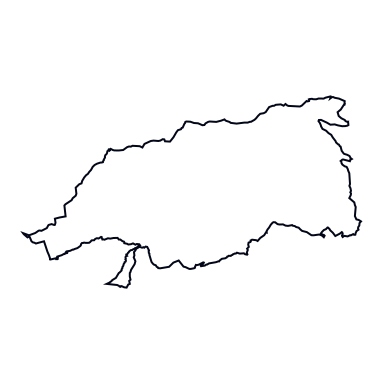 Uricani, Hunedoara, Romania
{"feature_id": "2599482B26293441607142", "entity_name": "Uricani", "entity_type": "district", "adm_level": 2, "iso_a3": "ROU", "parent_name": "Romania", "parent_adm1": "Hunedoara", "projection": "natural_earth1", "projection_center": [23.022, 45.316], "detail": "fine", "context": "isolated", "style": "outline", "palette": "ink", "viewbox_px": 384, "rotation_deg": 0, "n_neighbors": 0, "source": "geoboundaries", "source_scale": "gbopen_adm2", "svg_char_len": 6025}
<svg xmlns="http://www.w3.org/2000/svg" viewBox="0 0 384 384"><path d="M245.0,254.2L247.1,254.7L247.4,254.4L246.8,252.7L247.8,249.9L247.1,248.7L248.8,246.9L248.2,244.6L248.6,242.6L250.4,242.0L250.8,241.5L250.6,240.5L252.1,239.7L256.2,240.2L257.6,241.0L260.3,237.9L264.2,235.2L266.1,232.2L266.7,232.5L266.7,231.0L267.6,229.4L269.0,227.7L270.8,224.7L272.5,222.8L273.4,222.2L275.2,222.3L277.5,224.1L279.4,224.5L283.0,224.4L285.5,225.6L288.0,225.9L292.1,225.1L292.5,225.6L294.8,226.1L296.1,227.0L298.7,227.7L300.2,229.3L302.1,230.9L306.8,232.1L311.4,235.2L313.6,235.3L318.5,234.6L319.9,234.7L321.9,235.5L323.8,237.2L324.6,235.7L323.8,234.9L323.0,234.9L322.1,234.3L319.9,234.2L320.4,234.1L322.1,231.8L323.9,230.0L325.9,229.2L327.5,227.5L328.1,227.6L329.7,229.3L330.2,230.3L332.8,232.7L335.3,236.0L339.9,233.6L341.8,232.1L342.3,232.5L342.7,233.8L342.6,234.4L342.0,235.3L342.0,235.9L342.7,237.0L344.2,235.9L347.7,236.4L350.2,235.2L350.8,235.4L353.2,234.1L354.0,234.8L355.3,234.7L355.7,232.9L356.6,231.0L358.5,229.7L358.0,228.2L358.4,226.8L359.3,225.6L359.5,223.1L361.0,221.4L358.6,219.9L356.4,219.4L354.9,216.1L355.7,207.0L354.9,205.1L354.3,202.4L349.3,198.1L350.8,195.0L351.0,193.5L350.3,192.3L351.0,190.9L350.5,188.3L349.4,185.9L350.0,184.0L349.3,173.3L348.2,170.7L347.7,168.9L346.6,166.9L344.7,166.3L342.4,164.6L341.5,163.1L341.3,161.5L340.7,161.0L342.4,159.6L343.2,159.5L349.9,161.2L350.4,159.3L351.3,159.3L351.8,159.0L350.7,158.2L349.5,156.0L347.2,154.8L344.2,153.9L343.6,153.4L341.7,150.8L340.6,146.6L339.8,146.2L338.9,144.6L338.2,144.4L336.1,142.5L335.5,141.0L332.8,137.5L331.2,134.8L328.5,133.1L326.1,130.7L322.5,128.9L321.0,126.2L320.9,125.4L319.8,122.9L318.5,121.1L318.9,120.0L321.0,119.9L327.0,122.7L330.4,124.7L334.7,124.4L338.0,125.4L342.2,126.2L345.2,126.1L347.3,125.7L348.4,125.1L348.2,122.7L347.7,122.2L347.9,121.7L346.9,121.7L345.5,121.1L344.8,120.0L341.4,118.3L338.7,116.0L337.6,112.2L340.8,109.5L344.0,104.6L344.5,104.7L344.8,103.8L344.5,103.6L344.7,101.1L339.0,98.6L334.8,97.8L333.0,97.0L331.9,97.2L330.3,98.4L330.8,97.0L330.8,96.5L330.5,96.4L325.4,97.7L323.7,98.6L318.7,98.5L316.1,99.3L313.1,99.2L312.0,98.8L309.3,99.1L308.9,99.3L309.3,99.9L309.1,101.0L307.6,101.4L306.6,101.0L301.8,105.6L299.9,106.5L288.3,105.9L287.0,105.3L285.5,104.0L283.6,105.7L280.8,104.4L275.8,104.8L274.0,105.8L272.6,105.8L269.1,107.1L265.7,112.1L263.7,113.2L260.2,113.8L258.2,115.7L256.0,118.4L254.5,119.8L251.0,121.8L249.9,121.8L247.7,122.6L244.3,122.6L236.6,123.6L231.8,123.0L230.5,122.8L229.7,122.0L226.3,120.9L225.4,120.4L224.5,119.4L221.0,120.7L216.3,121.9L209.7,121.5L208.1,121.9L205.5,123.4L204.4,125.0L202.4,125.2L198.1,123.3L194.0,123.0L190.3,121.7L186.2,121.5L185.2,122.1L185.1,123.0L184.4,123.8L182.7,127.6L181.6,128.0L181.0,129.2L177.9,130.2L176.2,132.5L173.5,137.2L170.0,141.6L165.0,141.3L164.3,139.4L162.7,139.2L160.3,140.6L158.3,141.0L153.6,140.6L150.8,141.0L144.5,143.9L142.4,147.5L139.7,146.2L132.5,145.8L130.9,146.6L129.0,146.5L127.2,147.1L123.2,150.0L118.6,150.5L114.2,150.4L112.8,150.0L110.6,148.8L110.2,149.0L110.1,149.8L109.7,149.7L109.5,150.3L109.1,149.9L108.9,150.3L108.5,149.9L108.1,150.8L107.4,151.2L107.0,153.2L106.5,154.1L105.3,155.2L104.9,156.6L105.0,157.5L103.7,159.8L103.8,160.2L102.9,161.5L102.9,162.2L101.8,162.5L100.3,162.6L97.0,163.7L94.6,165.0L92.7,166.9L91.0,170.0L89.3,171.8L87.9,173.9L86.1,175.2L84.2,177.5L82.2,180.9L81.5,183.4L79.3,184.2L75.7,187.7L76.4,193.8L75.7,195.7L72.7,198.2L71.6,200.2L65.4,204.3L64.4,205.5L65.6,216.4L59.5,217.5L54.9,218.7L55.5,222.7L54.9,224.8L54.2,225.0L51.6,224.1L48.8,224.9L48.3,225.3L46.8,228.1L41.5,230.8L39.7,230.5L38.6,230.7L35.3,233.0L29.0,235.3L23.0,233.1L23.8,234.2L27.5,237.4L29.1,236.7L29.7,237.0L31.5,241.3L32.9,242.4L34.4,242.7L35.9,243.5L44.0,241.3L47.4,251.6L49.0,255.3L50.0,258.3L50.0,259.4L50.4,259.5L56.2,258.2L56.2,259.1L56.7,259.1L56.8,258.3L58.1,259.6L57.5,258.1L57.9,257.4L57.6,256.5L61.7,255.2L64.2,253.8L64.7,254.0L65.5,253.0L66.5,253.2L67.2,253.0L67.3,252.7L66.1,251.9L66.5,251.4L70.2,250.8L72.6,249.6L73.6,249.6L74.3,249.1L77.4,248.1L80.3,246.0L80.8,245.4L81.0,244.2L82.0,243.0L83.4,242.9L84.0,242.6L85.8,242.9L89.0,242.8L90.1,242.1L91.6,240.4L94.2,240.2L94.9,239.2L96.1,238.5L96.9,238.2L98.6,238.5L101.1,236.9L101.7,237.1L101.8,238.1L102.4,239.5L103.1,239.3L104.5,239.7L107.9,238.3L110.4,238.6L113.5,238.0L117.6,237.9L118.8,239.5L120.3,239.5L122.5,241.2L123.9,241.6L124.3,242.2L124.3,243.2L127.2,243.8L128.3,244.5L131.0,244.2L133.0,243.4L135.4,244.7L136.8,244.0L139.3,244.3L139.9,245.2L139.0,245.4L137.0,247.4L135.9,248.0L135.1,248.1L134.4,248.9L133.4,249.1L132.1,250.0L130.7,250.2L129.0,251.6L128.7,252.4L128.1,252.7L127.3,254.1L126.3,254.5L126.5,255.3L127.0,255.9L125.9,256.3L125.6,256.8L125.5,257.8L125.8,258.5L125.4,259.4L125.8,259.9L125.9,260.8L125.6,261.6L124.6,262.2L124.6,262.8L123.7,264.0L123.3,265.8L122.4,267.1L122.4,268.1L121.6,269.3L121.6,270.5L119.5,272.6L118.8,273.0L115.9,277.9L112.3,280.1L111.4,281.2L109.1,282.8L106.7,283.9L117.1,285.0L118.9,285.8L119.6,286.6L120.5,286.8L120.9,286.1L121.6,286.1L124.1,287.3L126.6,287.6L128.2,284.6L129.8,283.9L129.2,280.9L130.5,279.7L129.8,276.5L129.8,273.0L130.4,272.1L131.1,269.8L134.6,264.2L135.4,261.2L133.7,257.3L134.4,255.5L134.0,252.1L135.4,250.4L136.1,248.8L139.6,246.8L142.1,247.7L143.4,247.2L144.2,247.7L145.6,246.6L147.2,246.9L149.0,250.4L148.6,251.0L148.8,251.7L148.8,252.9L149.4,253.6L149.4,254.9L151.5,261.9L152.8,263.6L153.9,264.6L155.8,265.3L156.7,266.8L157.9,267.4L158.2,268.1L160.2,268.3L169.1,266.8L173.4,262.6L178.7,260.5L183.5,266.6L185.7,267.2L188.8,268.7L189.9,269.0L191.4,268.8L194.3,268.2L195.0,267.7L194.9,267.1L195.9,264.9L196.8,265.1L198.7,264.7L203.2,262.4L203.8,262.6L203.4,263.5L201.2,265.2L200.8,265.8L201.0,266.2L204.8,265.6L206.4,264.5L207.2,264.5L209.0,263.4L215.9,262.2L218.5,261.3L219.1,261.4L219.8,260.4L221.9,258.8L225.2,258.3L226.8,257.4L227.2,256.6L228.0,256.4L228.6,255.8L230.8,255.9L231.3,255.3L232.5,254.9L232.8,254.4L234.9,253.5L235.8,253.6L236.9,252.7L239.8,253.6L243.9,253.3L245.0,254.2Z" fill="none" stroke="#020617" stroke-width="2"/></svg>